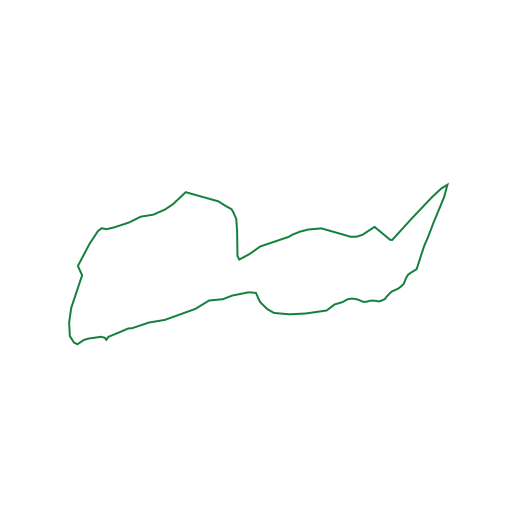 San Cristóbal Totonicapán, Totonicapán, Guatemala, rotated 149°
{"feature_id": "79465075B68551302151771", "entity_name": "San Cristóbal Totonicapán", "entity_type": "district", "adm_level": 2, "iso_a3": "GTM", "parent_name": "Guatemala", "parent_adm1": "Totonicapán", "projection": "orthographic", "projection_center": [-91.486, 14.927], "detail": "fine", "context": "isolated", "style": "outline", "palette": "green", "viewbox_px": 512, "rotation_deg": 149, "n_neighbors": 0, "source": "geoboundaries", "source_scale": "gbopen_adm2", "svg_char_len": 1444}
<svg xmlns="http://www.w3.org/2000/svg" viewBox="0 0 512 512"><g transform="rotate(149 256 256)"><path d="M373.9,359.3L378.6,358.8L392.7,352.0L413.8,339.2L415.0,329.0L441.1,306.7L450.4,295.3L456.8,283.3L456.6,275.6L454.5,272.3L446.9,272.7L442.4,271.6L430.3,266.5L427.7,263.7L427.5,261.3L424.0,262.7L402.6,259.6L400.1,258.1L382.0,254.1L367.1,248.2L335.3,241.9L319.1,242.0L306.8,236.1L296.3,234.2L281.1,228.7L275.1,224.5L276.2,214.4L273.7,204.7L269.9,197.9L257.2,188.7L243.2,181.2L223.5,172.9L213.6,174.0L205.4,171.9L202.9,171.8L201.3,171.9L199.0,171.5L197.0,170.7L195.2,169.7L193.1,168.1L190.6,165.6L188.9,163.0L187.6,161.4L185.8,160.3L184.2,159.7L182.2,159.2L180.0,158.3L177.9,156.9L176.1,155.6L174.4,154.0L172.6,153.3L167.8,152.7L165.2,153.8L159.9,155.3L157.7,155.6L150.9,154.8L147.3,155.2L143.7,156.1L141.6,157.6L139.3,159.5L135.6,161.5L133.0,161.9L125.1,162.0L107.5,177.3L104.5,179.6L100.1,182.6L86.6,193.2L74.0,202.5L64.3,209.7L55.2,218.5L62.7,218.4L74.8,215.8L103.7,207.8L131.0,199.6L132.7,200.8L137.3,214.0L139.4,219.9L145.0,219.7L153.7,219.3L159.7,220.7L164.8,223.6L185.7,246.0L197.4,251.7L205.6,254.2L213.6,255.5L218.3,255.6L247.5,262.0L260.6,261.0L272.2,261.6L271.9,265.5L268.6,271.2L259.7,286.5L253.8,298.0L252.9,305.7L252.9,308.8L256.2,314.4L260.1,322.2L274.7,337.7L283.4,346.9L300.4,343.2L309.7,342.7L322.7,344.3L334.6,349.1L347.5,350.1L363.3,353.7L370.6,356.1L373.9,359.3Z" fill="none" stroke="#15803d" stroke-width="2"/></g></svg>